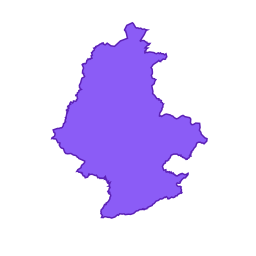 the district of San Cristóbal de la Barranca, Jalisco, Mexico, rotated 233°
{"feature_id": "50627088B30385640574129", "entity_name": "San Cristóbal de la Barranca", "entity_type": "district", "adm_level": 2, "iso_a3": "MEX", "parent_name": "Mexico", "parent_adm1": "Jalisco", "projection": "equal_earth", "projection_center": [-103.519, 21.046], "detail": "fine", "context": "isolated", "style": "filled", "palette": "violet", "viewbox_px": 256, "rotation_deg": 233, "n_neighbors": 0, "source": "geoboundaries", "source_scale": "gbopen_adm2", "svg_char_len": 5755}
<svg xmlns="http://www.w3.org/2000/svg" viewBox="0 0 256 256"><g transform="rotate(233 128 128)"><path d="M206.2,129.5L203.1,128.8L202.3,128.2L201.3,126.5L199.3,124.7L198.3,125.4L197.6,124.7L195.4,124.5L195.1,124.0L195.5,121.1L192.5,117.2L191.4,114.9L189.4,113.6L188.3,113.8L188.0,113.5L186.9,113.9L187.5,111.3L186.5,110.6L186.5,108.7L185.4,107.8L185.7,106.0L185.2,105.8L184.7,106.6L184.1,106.5L181.7,105.3L181.5,103.8L180.9,103.5L180.8,102.3L182.4,100.7L181.4,99.5L181.4,98.7L183.2,98.1L182.7,96.5L182.2,96.0L181.6,96.3L181.6,93.0L181.3,92.6L180.5,93.3L180.2,92.6L179.5,92.7L179.2,92.1L179.5,90.6L179.0,90.4L179.1,90.0L178.7,90.2L178.6,89.8L178.2,90.2L178.0,89.8L177.8,90.3L177.0,89.1L177.0,88.5L176.5,88.4L176.4,87.8L174.1,85.3L173.9,84.3L173.2,84.5L172.1,82.5L170.5,81.9L170.8,81.0L170.0,79.9L170.2,79.0L168.9,77.8L168.1,75.9L168.1,75.1L168.9,73.9L168.9,73.1L170.1,71.4L171.5,67.1L169.0,66.2L168.0,66.6L166.8,65.9L165.7,64.4L165.9,61.4L165.4,60.7L164.8,61.9L164.2,62.4L163.8,62.3L163.1,63.4L162.3,63.9L158.4,63.2L157.1,64.6L156.2,64.0L155.9,62.9L154.8,62.7L153.0,62.5L151.7,63.0L150.5,64.0L146.9,62.9L145.1,63.0L143.7,64.3L142.0,67.1L139.4,68.1L137.5,69.7L136.2,70.1L135.2,69.9L134.4,70.5L133.2,70.4L127.7,73.5L126.6,72.6L126.2,71.0L126.1,68.6L125.2,67.1L124.6,66.7L124.9,62.9L124.2,61.1L123.8,61.9L122.4,62.1L120.4,64.1L120.1,63.6L119.3,64.2L119.1,63.8L116.7,63.5L115.8,64.4L114.0,63.9L113.1,66.2L113.6,66.9L113.7,68.3L114.6,68.7L114.8,69.2L113.9,69.4L112.7,71.5L109.7,73.3L109.2,74.4L106.4,74.0L106.1,74.9L104.5,75.3L104.4,76.4L103.3,76.8L103.2,77.6L102.5,78.0L102.9,80.8L101.8,80.3L101.1,78.8L100.7,79.8L100.1,79.3L99.7,79.8L98.9,79.1L97.9,79.5L97.4,78.9L97.1,79.1L97.1,80.0L96.3,79.1L96.3,78.1L95.9,79.4L95.4,79.2L95.2,80.9L94.0,79.0L93.1,78.5L93.2,77.6L92.7,78.2L91.7,77.6L91.4,77.9L91.1,77.7L90.9,76.5L90.0,75.5L89.5,73.8L87.9,74.6L88.1,73.4L86.6,73.3L85.9,74.1L84.5,73.6L83.9,72.9L83.6,72.0L82.3,70.8L81.3,68.4L81.0,66.9L81.2,65.4L80.3,64.9L80.1,64.1L80.9,63.8L80.8,62.8L79.7,61.1L79.5,60.1L79.1,60.0L78.8,57.4L77.6,56.1L76.5,55.7L76.2,55.0L73.4,54.8L72.5,53.0L71.3,54.4L71.4,55.6L70.5,56.9L68.6,58.3L68.0,59.3L65.9,60.8L64.8,64.1L65.0,67.4L64.1,67.8L64.5,69.8L62.7,71.6L61.8,73.2L60.5,73.6L58.8,76.6L57.5,78.0L56.4,81.2L56.7,84.7L55.9,86.2L55.9,88.1L54.6,90.0L54.6,90.9L53.9,90.9L53.1,91.9L53.6,92.2L53.0,92.5L52.5,94.2L52.2,94.4L52.6,95.2L52.3,95.8L52.7,96.3L51.6,100.7L52.2,101.6L52.0,103.6L52.7,106.4L51.9,108.7L52.0,111.2L51.2,111.9L50.7,113.1L50.7,115.5L50.1,115.8L50.1,117.3L47.9,117.7L47.6,117.2L46.8,118.0L46.6,121.2L45.2,122.2L44.7,123.8L45.2,125.1L44.3,126.4L44.9,127.9L44.3,131.1L43.9,131.6L43.5,130.9L44.1,132.3L45.5,132.1L45.8,132.9L46.9,133.7L48.3,133.9L48.9,135.0L49.9,134.7L51.1,133.0L52.0,132.6L53.3,132.6L54.2,133.2L54.5,134.3L53.3,135.2L52.7,136.3L53.3,137.4L53.8,137.4L53.9,139.0L54.3,139.5L54.6,142.5L53.9,143.3L54.0,144.1L53.7,144.2L54.5,146.3L54.2,146.7L55.1,148.4L55.7,148.7L55.9,146.4L56.8,145.1L59.2,143.9L59.3,142.8L59.9,142.1L59.6,141.0L60.1,140.3L59.9,138.8L60.9,137.6L61.9,137.6L62.5,137.0L63.5,137.1L64.0,136.5L64.9,137.0L65.5,135.7L66.9,135.9L66.7,134.9L66.9,134.5L68.1,134.8L68.3,133.9L69.2,133.5L69.4,132.5L70.1,132.0L71.9,133.1L72.7,131.1L76.5,132.3L77.0,133.1L77.8,135.0L77.6,136.8L78.9,138.1L78.0,139.8L78.2,140.6L78.0,141.3L78.6,141.8L78.8,143.5L80.3,146.0L79.7,148.7L77.6,151.5L75.7,151.9L75.0,153.2L74.2,153.2L74.2,153.8L73.4,153.4L72.0,154.3L71.6,154.0L69.9,155.2L68.6,155.3L68.1,156.1L67.8,155.8L67.4,156.5L67.8,157.0L67.5,158.9L67.8,159.2L68.1,161.0L67.8,161.4L68.4,161.5L68.9,161.1L68.9,162.0L69.6,162.0L69.6,162.9L70.6,163.7L70.4,164.3L71.1,164.5L71.1,166.1L72.2,168.8L72.5,171.0L74.5,173.7L74.3,175.5L73.2,177.1L71.5,177.9L70.9,178.8L69.6,179.2L70.1,183.0L71.9,184.7L73.8,183.5L78.9,182.8L80.8,183.6L83.3,183.7L85.1,185.9L88.6,188.0L91.2,185.0L91.4,182.6L92.1,181.1L92.7,180.8L94.5,181.0L97.4,183.5L99.1,183.5L102.9,180.2L104.7,179.7L105.1,179.2L105.5,177.5L105.6,173.6L106.3,172.1L108.4,171.2L110.6,170.9L111.6,170.1L113.0,169.6L116.0,167.1L116.7,165.5L117.0,161.8L117.9,161.6L118.3,160.5L118.7,160.3L120.8,162.4L121.9,165.5L122.6,166.6L123.3,166.9L123.7,168.4L125.2,169.5L125.8,170.8L126.1,170.4L127.7,170.6L128.8,169.9L129.7,171.1L130.6,170.8L131.9,169.5L132.4,170.3L132.8,170.2L134.1,168.7L137.9,168.9L140.7,168.4L142.2,169.9L147.4,172.4L147.6,175.6L149.1,177.3L149.9,179.3L150.4,178.8L151.4,178.8L152.4,177.8L153.5,177.4L156.1,178.4L156.7,180.1L157.9,181.1L160.5,182.7L162.3,182.7L163.5,186.3L163.2,191.2L163.4,193.3L162.2,193.3L161.4,194.1L161.8,194.5L161.9,197.6L160.6,198.8L160.5,199.4L161.3,200.6L161.5,201.8L164.4,203.0L164.5,201.2L166.1,200.8L167.4,199.2L168.5,199.1L168.6,197.7L169.8,197.4L170.2,195.4L171.7,194.3L172.5,194.2L175.7,191.1L176.7,188.7L177.7,188.2L177.6,187.3L177.9,186.7L179.1,187.6L179.5,188.6L179.3,189.2L180.0,190.2L180.0,191.9L181.7,189.9L182.2,192.5L182.2,192.9L181.8,194.9L182.3,196.4L183.9,194.2L185.1,194.7L185.8,194.0L188.2,193.4L189.6,191.6L189.7,190.3L190.3,190.2L192.8,197.1L194.7,200.7L194.9,201.6L194.7,202.4L195.9,201.2L197.2,200.7L198.1,198.9L200.0,198.3L200.9,196.6L202.0,196.2L202.8,194.9L204.0,194.6L208.3,195.1L209.4,194.8L210.7,188.8L208.4,184.2L207.7,184.1L206.7,184.5L206.2,184.0L205.4,184.0L200.0,181.6L202.1,174.3L201.3,166.4L203.9,163.8L208.3,162.4L208.1,160.0L208.6,159.5L210.0,158.8L210.3,159.3L210.9,159.4L211.5,158.0L211.4,157.1L211.8,156.3L211.8,153.7L212.5,151.2L211.7,150.8L212.1,149.6L211.7,149.4L212.2,148.7L211.2,148.6L210.4,147.6L210.5,146.0L209.9,145.1L210.1,144.2L207.7,143.4L207.9,142.1L205.4,141.1L205.9,140.1L205.7,139.6L206.3,139.5L206.3,138.1L207.2,137.7L206.6,137.0L206.8,136.0L205.0,133.7L205.0,132.5L205.7,132.1L206.0,131.4L205.8,131.0L206.3,130.6L206.2,129.5Z" fill="#8b5cf6" stroke="#5b21b6" stroke-width="1.5"/></g></svg>